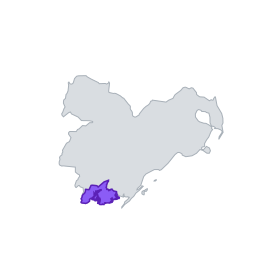 Delta Amacuro on a map of Venezuela (orthographic projection), rotated 137°
{"feature_id": "VEN-65", "entity_name": "Delta Amacuro", "entity_type": "State", "adm_level": 1, "iso_a3": "VEN", "parent_name": "Venezuela", "parent_adm1": "", "projection": "orthographic", "projection_center": [-61.33, 8.902], "detail": "fine", "context": "in_parent", "style": "filled", "palette": "violet", "viewbox_px": 256, "rotation_deg": 137, "n_neighbors": 0, "source": "natural_earth", "source_scale": "10m", "svg_char_len": 8989}
<svg xmlns="http://www.w3.org/2000/svg" viewBox="0 0 256 256"><g transform="rotate(137 128 128)"><path d="M210.6,101.8L212.9,104.9L212.7,105.7L211.2,106.4L210.4,108.2L208.5,108.9L206.0,111.1L204.3,111.3L201.7,114.8L203.1,117.6L202.8,119.0L203.4,119.7L206.5,119.8L206.7,120.5L206.4,121.6L205.8,122.4L201.7,124.6L199.7,124.4L198.9,125.1L196.3,125.6L195.5,127.0L196.2,128.8L196.5,131.7L193.2,135.3L201.4,144.7L202.3,145.2L203.2,147.3L202.9,148.6L201.4,150.2L199.3,151.3L198.1,153.2L196.8,153.6L194.6,153.4L193.5,154.5L192.0,154.9L191.1,156.4L183.4,158.8L180.1,158.0L176.3,159.8L175.6,164.2L174.4,165.2L173.0,165.2L168.3,160.7L165.9,161.3L164.3,160.7L159.6,160.8L157.4,158.3L152.5,158.1L150.6,156.3L149.8,156.3L149.4,156.9L151.3,159.7L157.0,165.2L157.0,170.0L159.7,176.8L159.2,179.0L160.8,179.7L167.6,180.2L167.5,182.6L166.6,183.7L165.3,183.9L161.8,185.7L159.7,186.3L158.3,190.2L157.1,191.4L155.9,192.3L153.5,192.3L150.4,194.8L149.3,194.8L146.6,196.0L142.4,199.6L140.9,201.8L139.9,201.9L140.3,199.9L139.7,198.9L138.7,198.3L137.8,198.2L136.6,198.7L133.4,200.6L130.3,200.9L128.7,200.0L123.0,194.9L122.9,193.1L121.6,189.0L118.7,181.4L118.8,180.0L114.3,176.1L113.6,174.7L111.8,174.2L110.6,174.7L110.9,173.4L117.1,168.1L117.6,166.9L115.2,163.3L113.9,162.3L113.2,161.1L111.7,156.8L111.3,153.5L110.8,152.8L111.5,144.9L111.3,143.1L111.8,141.8L113.0,140.9L113.6,139.4L113.8,137.5L114.5,136.0L115.8,134.7L116.3,133.5L115.7,131.5L114.7,130.7L111.0,130.0L110.0,130.6L103.2,131.6L99.9,131.5L97.4,131.0L95.4,131.1L93.2,132.1L92.0,131.5L91.2,131.8L82.5,121.0L79.3,120.6L74.9,119.0L71.4,120.2L70.0,120.2L63.8,119.5L60.4,119.9L59.0,119.3L58.0,118.5L56.6,114.9L54.3,114.3L53.3,112.9L53.8,107.2L55.0,105.7L54.6,103.1L54.3,101.9L51.3,98.7L49.9,92.4L47.9,92.0L47.3,90.7L46.7,90.4L45.0,91.2L43.2,91.5L42.9,91.1L47.6,83.7L49.6,74.7L52.0,70.4L55.1,66.9L57.6,65.9L61.4,60.0L69.4,57.8L67.2,59.5L62.5,60.6L61.4,61.3L61.4,63.3L62.7,66.2L65.0,68.5L63.9,68.7L64.3,70.8L65.4,72.2L65.4,73.1L64.5,75.8L60.7,80.0L58.7,83.7L60.1,85.9L60.2,87.1L62.8,89.9L62.5,91.0L63.7,93.3L65.5,93.7L69.2,92.3L71.2,90.0L71.8,85.4L71.5,83.8L69.3,79.8L67.8,78.2L66.6,74.7L66.1,71.5L67.2,70.8L67.1,69.2L69.7,68.8L75.2,66.3L78.7,65.7L82.6,64.4L84.3,62.5L84.9,62.4L86.9,63.5L87.9,63.2L88.4,62.3L87.9,60.6L83.2,61.1L82.1,57.8L83.3,55.1L85.8,54.1L87.5,55.8L88.5,60.6L90.1,63.2L95.1,62.8L100.1,64.0L105.3,67.6L106.8,71.2L106.2,72.1L106.5,73.6L107.2,75.2L108.4,76.2L111.7,76.5L122.8,74.9L132.1,74.8L133.9,75.5L134.0,76.8L137.0,79.6L146.1,82.1L149.6,81.8L157.9,77.3L162.4,77.4L163.7,76.7L162.1,76.0L158.3,75.7L157.2,76.2L156.6,75.0L161.9,74.7L166.7,75.0L170.5,74.1L173.6,74.2L176.7,73.6L182.5,74.3L187.0,73.8L186.5,74.5L182.6,75.1L180.7,76.2L176.8,76.0L174.0,76.4L174.9,76.7L174.9,77.9L175.7,78.1L176.9,79.5L177.2,80.7L176.1,82.5L177.3,82.3L177.9,81.7L177.9,80.5L178.6,80.7L181.4,86.0L182.7,84.8L183.5,85.5L183.5,83.5L184.5,83.6L186.6,84.9L188.8,88.0L188.4,85.7L190.2,85.6L190.7,84.6L194.2,88.0L197.9,88.9L200.7,91.5L200.1,92.7L198.5,93.3L197.8,94.1L196.6,98.1L195.0,101.2L190.3,101.2L194.3,103.6L195.7,102.6L197.7,102.6L200.6,101.3L204.7,101.9L206.5,100.8L208.7,101.0L210.6,101.8ZM162.3,68.7L162.7,70.4L161.4,71.8L159.7,71.8L158.4,70.9L157.6,71.1L155.3,70.5L156.0,69.6L157.7,69.2L159.0,70.3L160.0,70.3L160.3,69.5L161.7,68.2L162.3,68.7ZM199.9,96.7L197.4,98.0L197.2,96.8L199.2,95.2L200.0,96.1L199.9,96.7ZM145.1,71.4L144.5,71.7L142.6,71.0L143.0,70.5L144.0,70.5L145.1,71.4ZM200.4,94.3L198.9,94.7L199.3,93.8L200.9,93.3L201.4,93.5L200.4,94.3Z" fill="#d9dde1" stroke="#a8b0b8" stroke-width="1"/><path d="M210.5,101.7L211.3,102.9L212.6,104.3L213.1,105.2L213.1,105.4L213.0,105.7L212.7,105.9L211.6,106.2L211.3,106.3L210.9,106.7L210.8,106.9L210.8,107.4L210.7,107.6L210.6,108.1L210.4,108.3L210.2,108.4L209.4,108.4L209.2,108.5L208.5,109.1L207.9,109.3L207.4,109.9L203.9,110.0L203.6,110.2L203.2,110.3L201.8,111.2L201.5,111.6L201.1,112.0L200.9,112.1L200.7,112.0L198.7,109.6L197.8,109.6L197.3,110.1L197.0,110.2L196.5,110.2L196.1,110.4L195.8,110.5L195.5,110.7L195.0,110.9L194.5,111.1L194.2,111.2L193.8,111.0L193.1,110.5L190.4,107.4L190.0,106.5L190.0,106.2L190.1,105.2L182.3,104.9L181.5,104.6L177.9,103.1L178.4,102.6L178.7,102.5L178.8,102.3L178.9,102.2L179.1,102.2L179.6,102.3L179.9,102.3L180.8,101.9L181.1,101.6L181.4,101.3L182.4,101.2L182.8,100.6L183.2,100.2L183.6,99.9L183.9,99.8L184.3,99.6L184.5,99.5L184.6,99.3L184.6,98.6L185.3,97.9L185.4,97.7L185.3,97.4L184.8,97.3L184.5,97.1L184.4,96.8L184.3,96.5L184.4,96.2L184.8,95.5L184.8,95.3L184.3,95.1L183.8,95.3L183.6,94.8L183.0,95.1L182.8,95.1L182.6,94.9L182.3,94.7L182.1,94.4L181.5,94.3L181.4,94.3L181.4,94.1L181.6,93.5L181.6,93.1L181.5,92.9L181.5,92.6L181.4,91.5L181.3,91.3L180.7,90.9L180.6,90.7L180.5,89.9L180.0,89.7L179.9,89.5L179.8,89.3L179.9,89.1L180.2,88.7L180.7,88.2L180.8,87.7L181.4,87.1L181.4,86.9L181.5,87.0L181.8,86.7L182.1,86.2L182.4,85.3L182.4,84.9L182.2,84.1L182.2,83.6L182.5,83.8L182.7,84.0L183.1,85.0L183.3,87.0L183.1,87.6L182.8,87.9L183.2,87.8L183.4,87.3L183.5,86.8L183.5,85.2L183.4,84.9L183.0,84.1L184.0,84.3L184.2,84.7L184.4,84.8L185.0,84.9L184.9,84.7L184.4,84.6L184.0,84.1L183.8,84.0L183.6,84.0L182.9,83.9L182.7,83.9L182.5,83.7L182.8,83.2L183.0,83.0L184.1,83.3L184.7,83.5L185.2,83.8L186.4,84.8L186.7,85.0L187.0,85.5L187.6,85.9L187.6,86.2L187.9,86.5L187.7,87.0L187.5,87.5L187.4,87.7L187.5,87.7L187.9,87.0L188.0,86.3L188.3,86.4L188.7,87.1L188.7,87.4L188.7,88.4L188.8,88.2L188.9,87.9L188.9,87.2L188.6,86.8L188.5,86.3L188.0,86.2L187.6,85.5L188.1,85.4L188.6,85.5L189.6,85.8L190.6,86.1L190.9,85.9L190.8,85.7L190.5,85.4L190.1,85.1L190.1,84.9L189.9,84.9L189.7,84.7L190.1,84.6L190.7,84.9L192.1,85.8L192.8,86.6L192.7,86.3L192.4,85.9L192.3,85.7L191.9,85.5L191.8,85.3L192.0,85.4L192.4,85.5L192.6,85.6L193.8,87.0L195.1,88.0L195.2,88.4L195.5,88.7L195.5,88.3L195.8,88.3L196.5,88.7L196.8,88.6L197.4,88.6L197.9,88.9L198.4,89.0L198.6,89.2L198.7,89.4L198.5,89.2L198.5,89.7L198.6,89.8L198.9,89.7L199.1,89.8L199.6,90.1L199.8,90.2L200.3,90.8L200.4,91.0L200.7,91.1L200.8,91.7L200.8,92.1L200.7,92.3L200.6,92.1L200.4,92.6L200.0,92.7L199.7,92.9L199.3,93.0L199.0,93.1L198.9,93.3L198.5,93.4L197.8,94.1L197.5,94.2L197.3,94.4L197.0,94.8L196.7,95.5L196.9,95.5L197.0,95.3L197.3,94.9L198.3,93.9L198.6,93.7L198.7,94.0L198.3,94.4L198.3,94.8L198.1,95.1L198.1,95.3L198.0,95.5L197.6,95.6L197.2,96.1L196.9,96.6L196.6,97.3L196.6,97.5L196.7,97.9L196.5,98.5L195.8,99.5L195.7,100.0L195.6,100.6L195.5,101.1L195.2,101.3L194.6,101.3L193.7,101.1L191.5,101.2L190.9,101.1L190.4,100.8L190.2,100.8L189.9,100.9L189.8,101.0L189.7,101.2L189.9,101.4L190.5,101.8L191.1,101.9L191.3,102.1L191.8,102.0L192.2,102.4L192.5,102.5L192.9,102.8L193.6,102.7L193.9,103.3L194.4,103.6L194.5,103.8L194.9,103.5L195.1,103.4L195.2,103.0L195.8,102.6L196.1,102.5L196.9,102.6L197.5,102.5L197.8,102.5L197.6,102.8L197.1,102.9L197.0,103.1L197.0,103.6L197.2,103.3L197.3,103.0L197.5,102.9L197.9,102.9L198.0,102.5L198.2,102.3L198.3,101.6L198.7,101.6L199.2,101.5L202.0,101.1L202.2,101.3L202.5,101.6L202.9,101.8L203.9,101.9L204.7,102.1L204.9,102.0L205.1,101.7L205.4,101.4L205.7,100.9L206.1,100.7L208.3,100.9L208.8,101.0L209.3,101.2L210.0,101.6L210.5,101.7ZM198.2,98.4L199.3,98.2L199.6,98.1L199.9,97.7L200.9,97.7L201.5,97.5L201.4,97.8L201.5,97.9L201.7,98.0L201.8,98.3L201.9,98.5L202.1,98.8L201.6,99.1L201.3,99.1L201.0,99.4L200.7,100.0L200.6,100.3L200.1,100.7L199.6,100.7L199.1,100.7L198.5,100.8L198.1,100.7L196.9,100.8L196.2,101.2L196.0,101.3L195.9,101.2L196.0,99.9L196.2,99.6L196.5,99.2L196.9,98.9L197.4,98.7L198.2,98.4ZM197.9,101.1L198.2,101.2L198.2,101.5L198.0,101.8L197.8,101.9L197.5,101.8L197.6,102.2L196.5,102.4L195.2,102.3L194.7,102.3L195.0,101.7L195.6,101.5L195.8,101.6L196.2,101.9L196.5,102.0L196.3,101.8L196.4,101.7L196.9,101.2L197.0,101.1L197.9,101.1ZM199.1,95.7L199.4,95.6L199.7,95.7L200.2,96.1L199.8,96.1L200.0,96.5L199.8,96.8L199.5,97.2L199.0,97.6L197.3,98.3L197.0,98.4L197.9,97.6L198.3,97.0L198.5,96.5L198.9,96.2L199.0,95.8L199.1,95.7ZM193.2,101.5L193.4,101.6L194.1,101.6L194.3,101.8L194.3,102.3L194.4,102.5L194.8,102.7L194.8,103.0L194.6,103.1L194.4,103.0L194.1,102.8L194.0,102.5L193.8,102.4L193.0,102.4L192.6,102.3L192.2,102.0L191.9,101.8L191.7,101.8L191.3,101.6L192.1,101.6L192.6,101.6L192.9,101.4L193.2,101.5ZM201.1,99.7L201.6,99.6L202.2,99.1L202.3,99.2L202.1,99.5L202.1,99.8L202.2,100.0L202.3,100.1L203.0,100.1L203.1,100.3L203.0,100.7L202.5,100.8L202.2,100.7L201.7,100.7L201.2,100.7L201.0,100.8L200.5,100.8L200.5,100.7L201.1,99.7ZM197.0,97.5L196.9,97.4L197.1,96.6L197.2,96.3L198.1,96.1L198.8,95.2L199.0,95.1L199.3,95.1L200.0,94.8L199.9,95.2L199.9,95.3L199.9,95.2L199.8,95.4L199.7,95.5L199.2,95.5L198.8,95.7L197.8,96.7L197.6,97.2L197.0,97.5ZM199.7,94.6L199.5,94.8L198.9,95.0L198.6,95.2L198.8,94.7L198.9,94.0L199.3,93.7L199.7,93.6L200.0,93.6L200.0,94.0L199.7,94.7L199.7,94.6ZM200.4,93.4L200.9,93.1L201.2,93.1L201.5,93.6L201.4,93.7L201.0,93.6L200.7,93.9L200.5,94.3L200.3,94.5L200.1,94.6L200.3,93.7L200.4,93.4ZM182.5,82.6L182.6,82.9L182.5,83.1L182.2,83.3L181.7,83.5L181.7,83.3L181.9,82.9L182.1,82.7L182.5,82.6Z" fill="#8b5cf6" stroke="#5b21b6" stroke-width="1.5"/></g></svg>